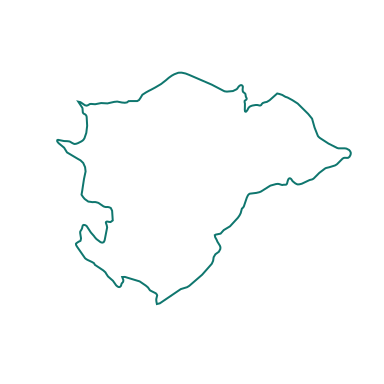 SVG path tracing the border of Portuguesa, rotated 285°
{"feature_id": "VEN-35", "entity_name": "Portuguesa", "entity_type": "State", "adm_level": 1, "iso_a3": "VEN", "parent_name": "Venezuela", "parent_adm1": "", "projection": "robinson", "projection_center": [-69.276, 8.978], "detail": "fine", "context": "isolated", "style": "outline", "palette": "teal", "viewbox_px": 384, "rotation_deg": 285, "n_neighbors": 0, "source": "natural_earth", "source_scale": "10m", "svg_char_len": 4087}
<svg xmlns="http://www.w3.org/2000/svg" viewBox="0 0 384 384"><g transform="rotate(285 192 192)"><path d="M249.8,58.8L249.9,61.0L248.1,66.1L248.1,67.7L248.7,68.8L250.6,70.7L251.0,71.9L251.7,75.7L254.4,81.2L255.7,87.4L258.9,93.5L260.0,96.4L260.3,101.1L260.8,104.0L261.7,106.0L263.4,107.3L265.7,115.6L267.1,117.0L269.6,117.9L273.1,118.9L276.4,121.9L278.7,124.3L280.3,126.1L283.4,129.4L288.2,134.1L293.2,137.9L296.3,140.0L299.2,142.4L301.2,144.5L303.7,148.0L304.6,151.1L304.8,155.1L304.4,158.8L300.8,183.3L298.6,193.2L298.0,195.8L297.7,197.4L298.0,199.7L300.1,205.4L302.7,208.4L303.6,209.0L305.2,209.5L306.6,210.2L307.2,210.7L307.7,211.2L308.0,211.9L307.9,212.8L307.4,213.5L306.8,213.9L303.9,214.4L302.7,214.9L302.1,215.2L301.7,215.9L301.0,217.5L300.6,218.1L299.9,218.5L298.5,219.1L297.8,219.5L296.7,220.5L296.1,220.7L295.4,220.6L294.8,220.2L294.3,219.7L293.7,219.3L293.0,219.4L292.3,219.6L291.0,220.3L285.2,221.7L283.7,222.3L283.4,222.8L283.6,223.4L285.1,224.2L287.3,224.7L288.1,224.9L289.4,225.7L290.2,226.6L291.1,227.9L292.4,230.7L292.9,232.3L293.0,233.7L293.0,234.8L293.3,235.7L293.9,236.3L295.2,236.7L296.3,237.4L297.4,239.0L298.4,241.0L300.7,243.2L309.2,248.8L309.3,251.0L309.1,254.1L308.3,256.9L308.1,257.7L308.0,259.8L306.7,265.2L304.8,271.2L297.5,284.0L293.9,289.0L286.0,293.7L278.7,299.1L278.0,300.1L277.3,301.5L274.1,311.3L272.1,320.8L272.1,322.2L273.7,328.1L273.9,330.0L273.2,333.0L272.2,334.3L271.7,334.7L271.0,335.2L270.2,335.4L269.3,335.5L268.4,335.4L266.8,335.0L266.1,334.5L265.4,333.9L265.0,332.7L264.6,330.7L264.1,329.7L263.2,328.8L256.4,324.9L255.6,324.2L254.6,323.2L251.4,318.1L249.9,315.3L249.1,314.4L243.4,310.0L236.6,306.1L235.9,305.5L235.2,304.7L234.0,302.5L228.4,295.9L227.3,293.9L226.7,292.3L226.7,291.3L227.1,289.5L227.8,287.9L228.5,286.4L229.0,285.8L230.0,284.7L230.4,284.0L230.6,283.2L230.4,282.5L229.6,281.9L228.1,281.6L224.9,281.6L224.0,281.4L223.4,280.9L222.7,278.6L222.1,277.3L222.1,276.4L222.2,274.5L222.2,273.5L222.0,272.6L221.4,271.1L218.6,266.3L218.1,265.7L210.3,258.5L209.3,257.2L207.8,254.4L205.3,248.2L204.5,247.5L203.3,246.9L200.7,246.4L191.3,245.8L189.7,245.1L188.9,244.5L184.2,244.5L181.8,244.0L179.0,243.0L168.7,237.6L163.4,232.5L159.2,230.4L157.0,226.0L156.2,225.2L154.5,226.0L153.7,226.7L152.4,228.0L150.6,229.4L147.4,232.8L146.1,233.7L145.3,233.9L144.2,234.1L141.2,233.4L137.9,230.7L134.6,229.8L131.0,230.2L128.4,229.8L127.6,229.6L114.7,223.2L100.7,213.7L98.8,211.9L95.3,206.3L76.1,189.7L74.7,187.1L76.9,186.0L78.5,185.4L79.4,185.2L83.2,185.1L84.0,184.4L84.8,183.2L85.8,178.3L86.2,176.8L88.4,174.2L89.6,171.7L92.1,164.6L92.6,149.1L91.8,146.6L89.3,148.4L88.6,148.6L87.8,148.7L87.1,148.6L85.7,147.9L85.0,147.7L83.3,147.7L82.5,147.5L81.9,147.1L81.4,146.5L81.2,145.6L81.5,144.4L82.2,142.9L85.8,138.6L88.7,132.7L91.2,129.9L91.9,129.3L93.3,126.6L96.5,117.1L97.9,115.7L98.5,113.5L99.4,108.5L99.9,106.9L100.3,105.9L109.6,94.9L110.9,93.7L112.0,93.3L112.6,93.6L113.8,94.6L114.9,95.6L115.3,96.2L116.0,96.9L117.0,96.9L118.5,96.8L123.2,94.7L124.5,94.3L125.3,94.4L126.9,94.9L127.8,95.1L128.9,95.2L130.5,95.1L131.5,95.2L132.1,95.8L132.3,96.6L132.3,97.5L132.1,98.3L131.8,99.1L126.7,104.8L124.1,108.7L123.1,109.9L121.8,111.9L119.9,116.6L119.8,117.6L119.9,118.5L120.6,119.6L121.9,120.0L123.0,120.1L135.8,119.2L137.9,118.2L139.3,117.2L140.2,116.7L140.9,116.8L141.4,117.4L141.6,118.3L141.6,119.3L141.9,121.1L144.0,122.8L153.2,119.7L155.5,117.7L155.7,116.7L155.8,115.6L155.7,114.6L155.5,113.7L155.2,112.9L155.1,111.8L155.2,110.3L157.2,104.6L157.3,103.8L157.3,101.8L157.2,100.9L156.4,98.3L156.2,96.3L155.9,94.3L157.5,90.1L159.0,88.0L160.8,86.0L165.1,85.6L169.4,85.1L176.7,84.3L184.3,83.9L188.3,82.3L191.9,79.4L193.7,76.1L194.5,73.0L197.9,61.0L201.7,57.0L204.6,50.6L205.5,49.3L206.4,48.5L207.3,48.5L207.7,49.1L208.1,55.2L208.9,58.8L209.1,60.7L208.9,61.6L208.4,63.3L208.0,65.2L208.0,66.2L208.6,67.6L209.6,69.1L212.0,71.8L213.3,73.0L214.5,73.7L216.1,74.2L221.7,74.6L228.8,73.6L237.3,70.8L238.0,70.4L238.6,69.9L239.0,69.3L239.4,68.5L239.5,67.6L239.9,66.6L240.7,65.9L244.4,64.6L245.0,64.2L249.8,58.8L249.8,58.8Z" fill="none" stroke="#0f766e" stroke-width="2"/></g></svg>